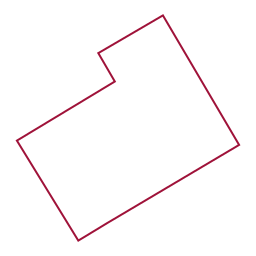 Hamilton, Texas, United States of America (Mercator projection)
{"feature_id": "52423323B6154390219134", "entity_name": "Hamilton", "entity_type": "district", "adm_level": 2, "iso_a3": "USA", "parent_name": "United States of America", "parent_adm1": "Texas", "projection": "mercator", "projection_center": [-98.189, 31.717], "detail": "fine", "context": "isolated", "style": "outline", "palette": "rose", "viewbox_px": 256, "rotation_deg": 0, "n_neighbors": 0, "source": "geoboundaries", "source_scale": "gbopen_adm2", "svg_char_len": 216}
<svg xmlns="http://www.w3.org/2000/svg" viewBox="0 0 256 256"><path d="M16.9,140.6L78.3,240.6L107.3,223.0L239.1,144.9L162.9,15.4L98.3,53.1L114.8,81.5L16.9,140.6Z" fill="none" stroke="#9f1239" stroke-width="2"/></svg>